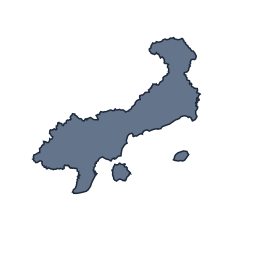 the district of Anatolikis Makedonias kai Thr*, Anatoliki Makedonia kai Thraki, Greece, rotated 327°
{"feature_id": "26713481B84884565940454", "entity_name": "Anatolikis Makedonias kai Thr*", "entity_type": "district", "adm_level": 2, "iso_a3": "GRC", "parent_name": "Greece", "parent_adm1": "Anatoliki Makedonia kai Thraki", "projection": "mercator", "projection_center": [25.319, 41.071], "detail": "fine", "context": "isolated", "style": "filled", "palette": "slate", "viewbox_px": 256, "rotation_deg": 327, "n_neighbors": 0, "source": "geoboundaries", "source_scale": "gbopen_adm2", "svg_char_len": 5817}
<svg xmlns="http://www.w3.org/2000/svg" viewBox="0 0 256 256"><g transform="rotate(327 128 128)"><path d="M46.9,153.2L49.8,155.1L54.2,156.9L58.6,158.3L60.9,158.1L64.7,156.5L68.0,153.9L73.8,150.5L77.1,149.3L76.8,148.8L75.7,149.4L75.1,148.9L75.3,147.3L75.8,147.1L76.7,147.3L76.9,146.7L76.8,146.2L75.7,145.6L75.8,144.8L76.1,144.3L76.6,144.4L77.6,142.8L79.8,142.0L80.8,140.0L81.7,139.9L82.2,140.3L83.0,139.1L85.1,139.3L85.8,138.5L88.1,137.9L90.9,138.4L91.9,140.6L92.9,142.3L94.6,144.0L95.7,146.4L98.3,145.2L100.1,145.8L100.6,146.5L99.6,146.5L99.8,146.8L101.3,147.0L104.6,146.3L106.7,147.5L107.2,147.3L108.4,145.6L111.8,142.1L115.7,140.4L117.5,140.0L118.9,140.3L119.5,138.1L119.8,137.6L123.5,134.4L125.8,133.8L127.9,134.4L128.6,134.9L128.6,136.2L127.7,137.4L127.9,138.1L130.2,138.7L130.9,139.5L133.4,139.4L135.7,139.8L136.7,141.0L137.1,140.1L138.1,140.0L138.9,139.2L141.5,139.4L142.9,139.9L144.1,142.1L148.9,143.1L152.3,144.6L152.3,145.2L155.2,146.4L157.5,145.5L165.1,147.3L172.0,147.1L176.3,148.0L178.3,147.3L181.0,148.0L182.4,148.8L183.8,150.3L184.3,152.0L185.5,151.8L186.4,154.1L186.0,155.4L186.3,156.0L185.8,156.7L186.1,157.3L189.0,157.5L192.0,156.1L192.3,155.2L192.2,153.7L193.9,150.7L196.9,149.5L197.2,148.8L198.0,148.3L197.9,147.5L197.1,147.3L197.2,146.0L198.3,145.8L198.3,143.7L198.7,143.7L198.7,144.4L198.9,145.2L199.0,144.2L200.0,144.4L200.3,142.5L200.9,141.7L200.9,142.6L201.6,143.4L202.7,143.4L203.3,142.6L202.4,141.0L202.4,140.3L203.6,140.4L205.0,139.2L207.0,138.9L206.8,138.1L204.9,135.8L205.3,135.2L206.6,134.7L207.6,132.7L205.1,130.7L205.2,129.9L204.1,128.1L204.1,127.2L205.3,126.0L205.4,125.2L205.2,124.9L203.6,124.9L203.7,124.2L204.6,123.7L205.3,121.8L203.7,120.0L204.0,118.9L204.8,118.1L204.5,116.7L205.3,114.9L204.4,114.2L204.4,113.3L205.4,112.3L208.1,113.1L210.0,112.6L212.5,110.3L214.0,109.9L213.9,108.5L215.4,108.1L215.9,107.5L216.2,106.3L217.2,106.0L218.0,105.2L219.7,105.6L221.0,106.8L222.3,106.8L224.4,104.9L224.8,101.5L224.5,98.9L223.3,98.0L223.4,94.8L222.6,93.6L222.9,91.6L222.0,89.1L222.7,87.7L221.9,86.4L222.5,84.8L222.2,84.0L222.5,82.9L222.0,82.2L220.5,82.2L218.0,81.2L215.4,78.5L215.8,77.8L215.2,76.8L214.1,77.0L212.4,75.6L211.3,76.0L209.2,75.4L208.5,75.0L207.6,73.6L205.2,73.1L203.9,73.7L202.3,73.4L200.1,72.5L198.8,71.0L197.7,71.7L196.3,71.3L195.3,70.8L195.2,70.2L194.8,70.3L191.9,71.8L191.0,73.3L189.2,73.1L188.4,74.0L188.0,75.1L188.3,76.6L188.1,77.7L189.0,79.3L189.7,79.4L190.1,80.7L191.4,80.9L192.9,80.3L192.9,81.9L193.9,82.6L193.4,87.0L195.3,86.9L195.6,88.1L195.8,90.1L195.0,91.4L194.9,92.3L194.0,92.7L193.8,93.2L194.2,94.1L195.4,94.9L196.6,96.7L195.2,97.3L194.2,98.5L194.5,99.6L194.2,100.7L193.4,102.2L192.7,102.4L192.7,103.3L192.3,104.0L190.4,103.9L189.9,104.4L190.0,104.8L189.5,104.9L186.2,104.5L184.6,105.0L183.9,106.5L182.3,107.2L180.1,107.0L177.7,108.2L176.7,108.3L175.7,107.8L175.7,106.3L174.6,106.4L174.1,105.6L172.7,104.7L172.2,105.6L170.5,105.9L169.8,107.0L169.2,107.1L168.7,106.7L167.8,107.2L165.9,107.3L165.6,109.4L165.3,109.5L161.8,107.5L159.1,108.4L155.6,107.3L154.7,108.2L153.8,110.7L153.5,110.8L152.9,110.2L152.0,110.0L150.1,109.9L147.5,110.9L147.3,111.7L144.4,112.5L143.3,112.2L141.1,113.7L138.8,113.5L137.8,114.2L136.5,113.5L134.7,113.3L134.7,112.6L133.8,110.2L131.5,108.9L131.2,107.9L128.2,106.7L127.6,106.1L127.8,105.2L126.9,105.1L126.0,105.8L124.6,105.2L123.3,103.4L118.2,102.3L116.7,101.3L115.9,101.3L114.1,99.5L112.9,99.8L112.0,100.8L111.3,101.0L110.3,100.3L108.1,100.1L108.2,101.3L107.8,104.2L107.6,104.6L107.0,104.8L106.2,103.8L104.7,103.1L103.4,101.6L102.4,98.8L101.0,98.4L100.0,98.6L99.2,98.1L97.8,98.8L97.6,98.6L97.9,97.4L97.2,97.2L94.7,98.1L93.8,96.7L93.9,95.4L93.6,94.5L92.2,93.7L91.5,91.6L91.6,90.4L90.5,88.3L91.0,87.3L89.2,85.8L88.0,86.6L86.3,86.9L85.3,87.7L85.2,89.2L84.4,89.8L83.6,89.2L82.1,89.1L81.6,88.4L80.9,88.3L80.1,88.6L78.8,90.2L77.2,89.4L75.0,90.7L74.4,89.5L74.8,88.3L73.9,87.2L72.8,86.5L73.1,85.8L72.2,85.4L70.1,87.6L68.9,87.3L68.8,87.9L67.8,88.9L67.9,89.9L67.2,90.3L66.5,90.2L65.6,88.4L64.0,88.7L63.7,88.3L62.7,88.1L61.9,87.3L60.6,88.0L60.2,88.9L59.3,89.7L59.6,91.5L59.4,92.8L60.1,94.5L58.3,95.8L56.9,95.4L56.5,94.4L55.9,95.4L53.6,96.9L51.8,95.9L51.7,94.9L49.9,93.2L49.5,93.9L49.4,95.2L48.3,95.9L47.7,95.6L47.0,96.0L46.2,95.9L44.7,96.9L42.6,97.0L41.9,98.6L40.5,100.5L39.7,99.9L35.8,99.8L34.5,99.3L32.8,100.7L32.7,101.9L32.0,102.3L31.2,102.2L31.5,103.3L31.2,104.1L31.7,104.9L31.8,106.8L33.2,107.5L36.5,107.6L37.2,108.5L37.5,109.8L36.5,110.6L36.0,112.9L36.8,114.1L36.4,115.2L37.1,115.8L38.0,115.8L37.5,116.7L37.6,118.0L38.4,118.3L39.3,117.9L40.5,119.3L41.0,120.4L42.1,121.2L42.6,122.2L43.5,122.3L45.3,123.4L46.5,123.3L48.6,125.2L49.7,125.2L50.4,126.1L50.6,127.0L52.4,127.1L53.5,125.3L54.9,124.7L55.5,125.9L56.0,125.9L57.2,127.1L57.5,126.8L57.9,128.0L57.5,128.5L57.8,130.2L58.6,130.2L58.7,130.8L59.2,130.9L59.4,131.5L60.5,131.9L61.5,133.1L63.0,133.9L62.8,135.0L62.0,136.5L62.8,138.0L61.3,139.9L61.9,141.1L61.7,141.6L61.2,141.7L60.3,140.9L59.0,141.4L59.7,143.2L58.1,143.2L57.1,143.7L57.2,144.4L55.0,146.0L54.7,147.1L53.8,147.5L52.9,148.7L52.0,149.0L51.2,149.8L48.5,150.1L48.0,150.7L46.5,151.5L47.3,152.7L46.9,153.2ZM98.4,152.8L97.2,151.3L93.9,153.3L92.8,154.8L91.6,154.6L91.2,156.6L89.7,158.7L89.2,160.1L89.2,160.9L88.3,163.0L88.5,164.6L89.1,165.3L89.4,166.2L92.5,166.1L93.4,166.6L94.4,167.6L95.3,169.6L96.6,169.8L96.7,170.7L97.9,170.5L100.3,168.6L103.2,168.1L104.0,167.1L104.5,167.0L105.2,167.8L105.5,166.7L104.5,162.1L105.6,161.1L105.4,159.7L104.3,159.2L104.1,158.3L104.5,157.1L105.5,157.2L105.9,156.8L105.2,156.0L103.9,155.9L102.8,155.1L102.2,154.1L102.1,153.3L101.6,152.8L100.0,153.4L98.4,152.8ZM156.2,176.0L153.4,176.4L151.9,177.1L150.0,178.9L148.8,179.4L149.3,180.4L152.3,183.1L154.4,183.9L155.9,185.5L158.2,185.8L164.5,183.3L164.3,182.1L164.6,179.7L161.9,177.4L156.2,176.0Z" fill="#64748b" stroke="#1e293b" stroke-width="1.5"/></g></svg>